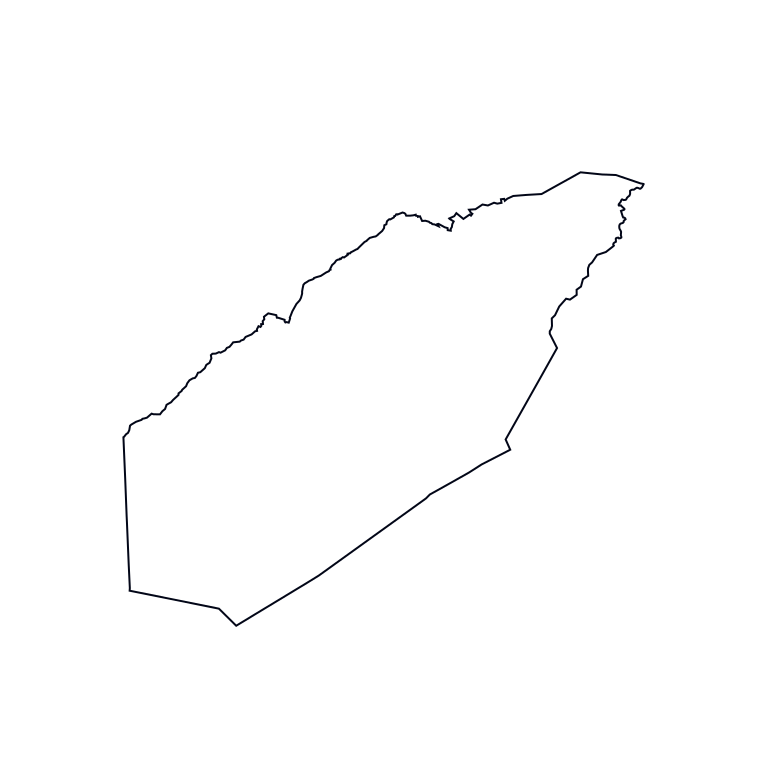 the district of Santiago Tenango, Oaxaca, Mexico, rotated 52°
{"feature_id": "50627088B72964972747290", "entity_name": "Santiago Tenango", "entity_type": "district", "adm_level": 2, "iso_a3": "MEX", "parent_name": "Mexico", "parent_adm1": "Oaxaca", "projection": "orthographic", "projection_center": [-97.014, 17.298], "detail": "fine", "context": "isolated", "style": "outline", "palette": "ink", "viewbox_px": 768, "rotation_deg": 52, "n_neighbors": 0, "source": "geoboundaries", "source_scale": "gbopen_adm2", "svg_char_len": 3896}
<svg xmlns="http://www.w3.org/2000/svg" viewBox="0 0 768 768"><g transform="rotate(52 384 384)"><path d="M265.5,622.1L299.5,646.4L330.3,668.6L330.6,668.8L334.7,671.7L369.2,696.4L388.3,709.9L390.3,711.7L459.4,652.4L483.5,649.3L486.1,627.3L493.3,567.0L494.8,553.4L500.0,421.3L499.3,415.9L502.7,394.1L506.1,371.5L507.5,356.6L513.5,325.0L502.6,322.3L486.2,282.9L480.4,269.0L476.7,260.1L462.2,225.5L446.4,222.4L444.5,220.9L443.6,218.3L441.7,215.9L435.6,211.4L435.1,206.9L430.8,198.2L428.9,188.0L432.0,185.5L432.4,177.3L428.3,174.2L428.5,168.8L423.9,162.7L424.5,156.5L420.2,153.5L418.3,151.8L416.5,148.8L416.3,145.2L413.5,136.6L416.6,127.9L416.6,119.1L416.5,117.7L415.8,117.6L415.6,117.6L415.1,117.4L414.5,116.5L414.4,115.2L414.6,114.2L414.7,113.7L414.2,113.3L412.2,111.9L412.0,111.4L412.3,110.2L412.6,109.8L413.0,109.2L413.4,109.2L413.9,109.2L414.7,107.8L414.7,106.8L414.0,106.3L412.6,105.8L410.1,103.5L408.8,103.1L407.6,103.0L406.6,102.8L405.8,102.4L404.8,101.7L404.1,101.1L403.4,100.0L403.3,98.8L404.1,96.7L404.0,95.6L403.2,94.9L402.9,93.6L402.9,92.2L401.9,91.9L400.9,92.2L400.1,93.0L398.8,92.7L393.5,90.7L393.7,90.0L394.5,87.6L394.4,87.0L393.9,86.7L391.6,87.1L389.9,87.4L389.0,87.4L388.1,89.0L387.6,89.0L386.9,88.4L386.1,85.2L385.3,84.0L385.1,82.7L386.6,81.9L387.5,80.5L387.7,79.6L386.9,77.9L386.7,76.6L386.7,74.6L385.7,73.0L383.3,71.2L383.3,70.2L383.6,68.9L384.7,67.4L384.9,64.2L385.3,63.6L386.4,62.8L387.5,62.3L388.0,61.6L387.8,59.5L386.4,56.4L386.2,56.3L385.7,56.7L383.8,58.4L362.1,72.6L356.3,79.4L353.3,83.0L338.2,98.8L331.3,142.9L322.6,155.5L315.4,166.4L313.9,172.7L314.0,176.0L312.1,175.3L310.4,178.1L313.6,179.9L311.6,183.7L308.9,185.7L307.3,192.2L303.2,195.9L302.6,204.3L299.0,209.7L302.7,210.1L304.3,209.6L304.9,211.8L303.2,212.3L302.8,219.8L293.9,221.8L295.0,225.3L293.7,230.7L294.2,230.7L298.8,229.0L300.1,231.8L302.1,233.9L302.8,235.9L304.3,237.0L302.0,239.1L300.3,237.9L298.0,239.6L291.3,242.5L290.9,243.4L293.3,243.9L289.4,245.9L287.8,247.5L286.4,247.6L285.0,248.6L283.8,248.7L280.8,250.9L279.0,253.6L274.0,252.4L273.2,254.2L272.7,253.8L270.9,255.3L270.1,254.8L269.1,257.1L267.3,260.0L265.0,262.9L263.1,262.4L261.9,262.7L260.3,263.8L259.4,266.9L258.8,269.0L258.3,269.1L257.8,270.0L258.5,271.7L258.0,272.5L258.8,273.6L258.2,277.7L257.4,278.4L257.5,281.1L258.2,282.3L259.6,283.8L259.1,286.0L261.2,288.0L262.3,291.3L262.5,296.4L262.7,297.2L262.6,299.7L261.6,301.6L260.1,305.3L260.3,308.7L260.5,309.6L260.1,311.9L261.0,320.1L261.3,321.8L260.9,322.9L260.2,327.3L259.8,329.0L260.2,330.1L259.4,331.3L259.8,332.5L259.0,332.7L259.9,334.0L259.7,337.6L258.7,338.3L258.5,340.2L258.9,341.0L258.1,341.8L258.5,342.3L257.5,344.1L257.3,345.8L258.1,348.3L258.3,351.7L260.1,355.4L261.0,355.7L260.7,356.8L261.2,358.0L260.5,360.8L259.9,367.3L258.2,371.5L257.4,374.0L257.8,374.7L257.5,376.2L256.3,379.6L256.2,381.6L255.9,384.0L255.8,384.3L256.2,386.4L258.7,389.4L260.7,391.6L262.2,392.7L263.1,393.8L265.0,396.4L266.2,399.0L267.0,403.7L270.3,411.5L272.8,415.7L273.8,417.5L274.6,417.7L277.0,421.3L275.2,422.7L274.8,423.8L273.6,423.8L272.2,422.8L266.8,426.5L265.8,427.6L263.4,426.5L257.1,431.7L257.1,437.2L259.3,438.5L259.8,440.9L262.2,442.4L261.2,444.0L262.6,444.8L263.0,446.2L261.2,447.3L262.7,450.6L264.0,451.3L263.1,453.1L263.4,457.8L261.7,464.1L262.6,467.3L261.7,469.9L261.8,471.6L258.3,477.2L259.0,479.9L259.6,482.9L258.8,485.6L259.7,488.4L258.7,493.5L257.3,494.4L256.5,497.8L254.5,500.6L254.7,502.7L257.5,504.2L259.9,508.4L259.6,511.2L259.6,512.4L261.2,515.4L261.6,521.5L260.6,523.7L262.2,526.8L262.8,529.3L261.8,531.3L261.3,535.0L262.3,538.6L263.9,541.3L264.3,546.6L264.9,547.8L264.9,551.7L266.1,552.7L266.7,560.1L267.3,562.9L266.5,568.1L268.9,571.9L269.0,575.4L270.0,579.2L266.0,584.2L264.3,585.4L264.6,591.5L263.7,593.8L262.7,595.8L263.0,597.1L261.1,602.7L260.4,608.2L260.5,609.8L263.6,613.2L264.9,615.8L264.8,618.2L265.6,621.4L265.5,622.1Z" fill="none" stroke="#020617" stroke-width="2"/></g></svg>